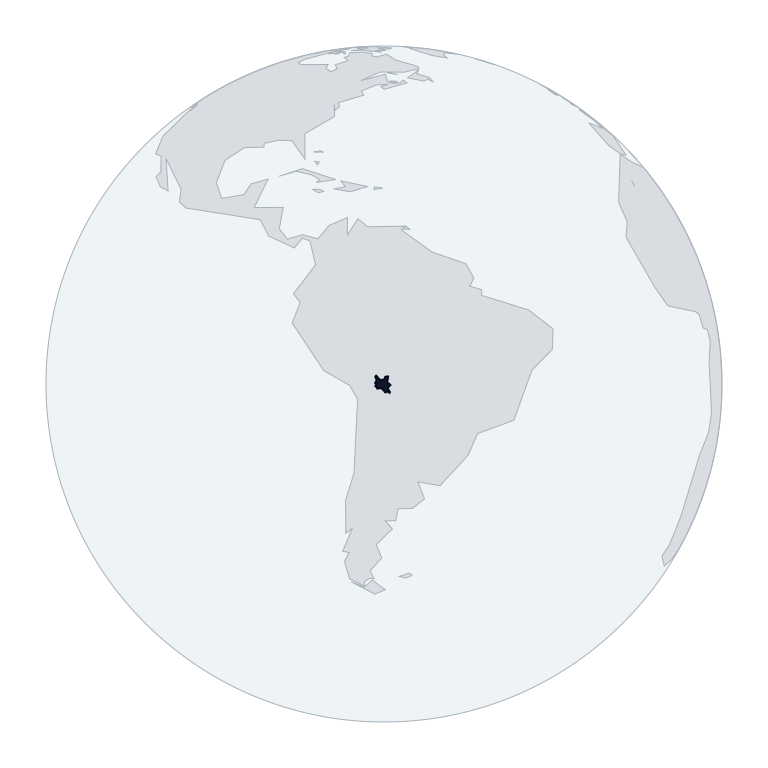 the Earth from above Cochabamba
{"feature_id": "BOL-1291", "entity_name": "Cochabamba", "entity_type": "Department", "adm_level": 1, "iso_a3": "BOL", "parent_name": "Bolivia", "parent_adm1": "", "projection": "orthographic", "projection_center": [-65.4, -17.184], "detail": "fine", "context": "on_globe", "style": "filled", "palette": "ink", "viewbox_px": 768, "rotation_deg": 0, "n_neighbors": 0, "source": "natural_earth", "source_scale": "10m", "svg_char_len": 7206}
<svg xmlns="http://www.w3.org/2000/svg" viewBox="0 0 768 768"><circle cx="384" cy="384" r="338" fill="#eef3f6" stroke="#a8b0b8"/><path d="M304.3,55.6L308.4,54.7L318.1,52.6L317.4,53.1L325.8,51.2L324.6,51.3L324.8,51.3L333.6,49.9L330.8,50.4L333.7,50.0L331.3,50.5L335.7,49.7L335.0,50.5L344.0,48.6L350.5,48.3L347.8,49.3L337.2,50.6L304.7,59.4L298.7,62.5L300.9,64.6L328.0,64.5L325.9,68.1L330.9,71.8L337.1,68.6L335.3,64.7L348.0,60.7L344.3,57.5L348.9,55.8L349.5,52.9L361.1,52.1L372.1,53.3L372.2,56.0L377.0,57.0L386.4,54.1L395.8,60.1L417.9,66.4L419.0,68.7L404.2,72.2L380.2,72.0L361.0,80.6L385.3,74.3L387.8,81.8L393.2,83.2L399.9,82.9L403.6,80.0L406.9,83.0L384.2,89.2L380.8,86.6L388.0,84.3L376.8,84.8L361.4,90.9L363.9,95.1L338.1,102.8L339.6,106.3L334.8,110.6L334.2,104.2L334.7,116.4L304.8,133.7L305.0,159.3L292.0,140.8L279.5,140.2L264.3,143.1L263.9,147.1L244.2,147.7L225.1,160.3L216.3,182.9L221.7,198.4L243.8,194.7L251.3,183.8L268.0,179.1L254.2,207.6L283.2,207.4L279.3,228.9L287.5,239.1L302.4,234.7L317.8,238.8L329.2,225.3L347.5,217.6L347.4,235.1L357.8,218.7L367.8,226.8L404.4,226.1L401.5,230.0L432.2,252.1L466.0,263.8L473.8,278.0L469.8,286.2L481.6,289.7L481.7,295.4L528.9,310.1L553.0,328.8L552.3,349.3L532.0,370.1L513.8,420.3L477.5,433.6L468.3,454.9L440.0,485.7L418.0,481.9L424.5,498.9L412.3,508.5L398.1,508.7L395.8,520.7L385.3,520.8L392.4,528.9L376.2,544.6L381.7,557.8L370.1,570.9L374.1,578.7L369.4,578.5L364.7,581.5L364.5,586.0L349.7,579.0L344.5,561.6L349.0,552.5L342.7,551.3L352.2,528.5L345.8,533.2L345.6,500.2L354.0,473.3L357.6,399.5L349.9,385.6L323.8,370.7L292.2,323.0L300.2,302.4L293.5,293.8L315.5,264.8L310.0,241.0L302.3,238.2L294.5,248.0L268.7,236.1L260.3,219.7L186.0,208.1L179.4,202.1L181.1,189.2L166.0,158.6L168.1,190.9L160.3,186.8L156.0,176.6L160.8,171.8L161.1,156.3L155.6,153.8L163.1,135.9L190.3,109.4L190.7,110.7L197.1,105.1L197.1,103.6L195.5,104.1L204.9,97.4L228.4,84.0L253.0,72.5L278.3,63.0L304.3,55.6ZM302.4,168.7L335.6,179.5L316.0,182.6L319.9,179.8L311.6,174.8L296.0,171.3L279.0,176.3L302.4,168.7ZM319.0,152.4L313.2,151.9L319.0,151.3L319.0,152.4ZM193.7,105.2L196.4,104.1L193.9,107.2L190.8,108.4L193.7,105.2ZM197.4,102.3L195.0,103.9L195.3,103.7L197.4,102.3ZM343.1,53.7L346.2,53.3L344.5,54.0L343.1,53.7ZM340.3,53.0L336.1,54.1L334.2,54.0L336.8,53.3L340.3,53.0ZM346.0,51.8L331.3,53.7L328.0,53.7L335.4,51.2L346.0,51.8ZM322.1,51.8L323.3,51.6L316.8,52.8L317.5,52.7L322.1,51.8ZM374.8,594.1L351.1,581.8L364.3,587.1L372.4,580.1L385.2,589.8L374.8,594.1ZM399.3,576.4L409.3,573.0L412.0,575.3L405.6,578.2L399.3,576.4ZM615.9,138.2L613.7,136.8L626.0,155.1L621.0,154.1L609.4,146.2L588.8,122.9L602.4,128.2L595.3,121.5L578.8,109.4L584.3,112.5L579.2,108.7L583.0,111.0L580.9,109.4L615.9,138.2ZM685.8,536.1L685.5,536.6L678.7,549.1L671.9,559.1L664.3,566.0L662.0,556.2L669.8,544.0L680.8,516.5L699.5,455.2L708.5,432.8L711.6,412.6L709.1,363.1L710.2,341.2L707.5,329.6L703.2,328.1L699.1,314.4L695.6,311.8L667.9,305.9L654.4,286.7L626.0,237.0L627.3,221.7L618.6,202.2L620.2,154.2L630.6,161.3L643.4,167.5L646.8,171.5L656.2,184.0L662.5,192.6L675.4,212.9L686.8,234.1L696.8,256.0L705.1,278.6L711.8,301.8L716.8,325.3L720.1,349.1L721.7,373.2L721.7,397.2L719.9,421.2L716.4,445.1L711.2,468.6L704.3,491.6L695.8,514.2L685.8,536.1ZM631.5,180.3L634.2,185.6L634.3,185.6L631.5,180.3ZM405.5,225.9L409.9,229.3L404.0,229.3L405.5,225.9ZM312.9,189.5L320.1,189.3L323.7,191.5L318.1,192.7L312.9,189.5ZM374.5,186.8L382.9,188.2L374.0,189.6L374.5,186.8ZM340.9,181.0L367.7,186.5L350.3,191.8L333.5,188.8L345.3,186.8L340.9,181.0ZM314.8,161.3L319.3,162.0L317.7,164.9L314.8,161.3ZM323.2,152.0L321.4,152.4L319.4,150.4L323.2,152.0ZM389.1,81.4L391.0,81.0L397.8,81.4L394.3,82.6L389.1,81.4ZM429.1,77.4L433.5,82.3L428.0,79.2L424.1,81.1L407.6,77.9L418.7,69.8L416.6,73.7L429.1,77.4ZM388.7,72.6L397.9,74.7L387.3,72.8L388.7,72.6ZM547.5,88.7L553.3,91.8L558.4,95.1L556.0,95.2L548.6,90.1L547.5,88.7ZM550.5,90.0L551.4,90.5L557.3,93.9L576.5,106.3L578.3,107.5L570.8,103.8L570.0,102.4L564.4,99.0L560.2,95.7L539.3,83.9L550.5,90.0ZM494.9,64.8L493.8,64.6L484.5,61.7L475.7,58.9L482.1,60.6L494.9,64.8ZM361.9,48.1L357.6,48.6L357.6,48.3L361.2,47.8L361.9,48.1ZM363.9,46.7L380.7,46.8L376.7,47.0L392.2,48.0L387.7,49.2L377.8,48.3L385.9,50.6L375.2,50.4L381.9,52.2L360.3,50.1L351.0,50.7L363.1,49.3L367.5,48.0L366.6,47.6L357.1,47.4L339.2,49.1L340.0,49.0L356.5,47.2L358.4,47.1L363.9,46.7ZM457.0,54.1L444.6,52.9L443.5,54.9L447.2,58.0L432.5,55.6L419.7,51.7L410.0,48.5L413.1,47.6L405.9,47.2L405.3,46.9L411.2,47.3L401.7,46.6L402.7,46.6L430.0,49.2L457.0,54.1ZM633.0,155.6L637.1,160.1L635.6,158.5L628.8,151.1L629.0,151.3L633.0,155.6Z" fill="#d9dde1" stroke="#a8b0b8" stroke-width="1"/><path d="M375.1,386.2L375.8,385.8L375.9,385.7L375.7,385.4L375.8,385.2L375.7,384.9L375.7,384.7L375.7,384.4L375.6,384.0L375.5,383.9L375.4,383.7L375.0,383.4L374.9,383.3L374.9,383.2L375.0,383.0L375.0,382.9L375.1,382.7L375.1,382.4L375.2,382.1L375.4,382.0L375.5,381.9L375.8,381.9L376.0,381.8L376.1,381.7L376.3,381.5L376.3,381.4L376.3,381.0L376.3,380.5L376.2,380.4L376.1,380.1L376.0,379.9L376.0,379.7L376.1,379.4L376.1,378.7L375.9,378.5L375.9,378.4L375.7,378.3L375.7,378.2L375.4,377.8L375.3,377.6L375.2,377.5L375.2,377.4L375.3,377.0L375.3,376.8L375.2,376.7L375.3,376.5L375.3,376.4L375.4,376.2L375.5,375.9L375.7,375.7L376.1,375.3L377.7,376.9L377.8,377.0L378.0,377.4L378.0,377.5L378.3,377.9L379.2,378.9L379.4,379.0L379.9,379.4L380.2,379.5L380.7,379.6L381.2,379.8L381.5,379.8L383.7,379.2L384.2,378.9L384.3,378.8L384.4,378.7L384.7,377.7L384.7,377.4L384.9,377.1L385.2,376.6L385.3,376.5L387.5,376.2L388.1,376.1L388.2,376.3L387.9,376.3L388.1,376.4L388.1,376.5L387.9,376.5L388.0,376.7L388.0,376.8L388.1,377.0L388.0,377.4L388.0,377.5L388.2,377.8L388.1,378.0L388.1,378.3L388.1,378.5L388.0,378.8L388.0,379.0L388.0,379.3L387.9,379.7L387.9,379.8L387.8,380.0L387.6,380.1L387.5,380.3L387.5,380.5L387.4,381.0L387.3,381.3L387.5,381.5L387.6,382.2L387.7,382.3L388.2,382.9L388.4,383.0L388.5,383.0L389.0,383.5L389.4,383.7L389.5,383.8L389.8,384.0L390.2,384.5L390.5,384.7L390.5,384.8L390.6,385.0L390.7,385.3L390.4,385.4L390.2,385.4L389.9,385.4L389.7,385.6L389.6,385.9L389.6,386.0L388.7,387.3L388.6,387.5L388.1,387.9L388.0,388.0L387.9,388.1L387.9,388.3L387.9,388.5L388.2,388.7L388.3,388.9L388.4,389.2L388.5,389.5L388.8,389.7L388.8,389.8L389.0,390.1L389.2,390.5L389.3,390.7L389.4,390.8L389.4,391.0L389.5,391.3L389.8,391.5L390.0,391.6L390.1,391.8L390.1,392.1L390.2,392.3L390.0,392.5L389.9,392.7L389.8,392.4L389.6,392.4L389.1,392.7L389.1,392.8L388.7,392.8L388.6,392.7L388.4,392.6L388.3,392.4L388.2,392.2L387.9,391.9L387.6,391.9L387.4,391.7L387.1,391.7L386.7,391.8L386.4,391.9L386.2,392.1L386.0,392.3L386.0,392.5L385.9,392.6L385.7,392.7L385.4,392.4L385.0,392.5L384.9,392.4L384.9,392.2L384.8,391.9L384.7,391.9L384.6,391.7L384.4,391.5L384.3,391.4L384.3,391.2L384.2,391.2L383.9,391.0L383.6,390.8L383.4,390.4L383.2,390.2L382.9,390.0L382.8,389.8L382.8,389.7L382.6,389.6L382.4,389.5L382.3,389.4L382.0,389.0L381.6,388.8L381.5,388.6L381.4,388.6L381.0,388.7L380.9,388.6L380.7,388.4L380.6,388.1L380.4,388.0L380.1,388.0L379.9,388.0L379.7,388.0L379.2,388.4L379.1,388.5L378.8,388.7L378.7,388.8L378.3,388.7L378.0,388.7L377.7,388.7L377.1,388.8L376.8,388.0L376.4,387.4L376.1,387.0L376.0,386.9L375.1,386.2Z" fill="#0f172a" stroke="#020617" stroke-width="1.5"/></svg>